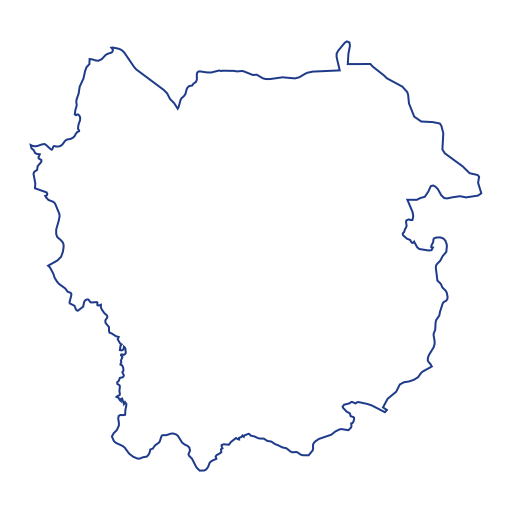 the Region of Kayes
{"feature_id": "MLI-2793", "entity_name": "Kayes", "entity_type": "Region", "adm_level": 1, "iso_a3": "MLI", "parent_name": "Mali", "parent_adm1": "", "projection": "albers", "projection_center": [-10.556, 13.794], "detail": "fine", "context": "isolated", "style": "outline", "palette": "blue", "viewbox_px": 512, "rotation_deg": 0, "n_neighbors": 0, "source": "natural_earth", "source_scale": "10m", "svg_char_len": 5918}
<svg xmlns="http://www.w3.org/2000/svg" viewBox="0 0 512 512"><path d="M77.9,310.7L77.3,310.7L76.0,309.6L74.5,305.8L69.8,303.4L69.5,302.2L71.1,296.1L71.4,294.1L70.6,292.8L67.6,291.7L65.3,288.5L59.0,283.9L57.0,281.6L54.6,277.7L53.3,273.7L51.0,269.3L49.6,267.0L48.1,265.7L57.4,260.5L61.1,256.8L62.9,251.7L63.6,247.2L63.6,244.9L63.0,242.8L61.1,240.4L57.3,237.1L56.2,234.1L56.2,229.5L58.7,220.8L59.6,216.3L59.3,213.8L55.4,204.3L54.3,202.6L52.8,201.6L48.5,200.0L46.1,197.4L45.2,195.9L46.9,195.3L47.3,193.9L46.6,192.4L35.0,188.3L35.3,183.4L33.5,173.8L34.2,171.9L37.1,169.9L37.7,166.1L41.3,161.9L41.4,160.1L38.7,158.4L38.5,157.2L39.8,154.3L36.8,153.9L35.2,153.1L33.7,150.2L31.5,148.3L30.7,145.0L32.6,145.9L35.0,146.3L37.3,146.0L42.0,144.4L44.4,144.0L46.0,144.9L50.6,149.1L51.8,149.7L52.7,148.4L53.3,146.6L54.1,146.0L56.1,146.5L58.3,146.5L60.4,146.0L62.3,144.6L64.9,141.1L66.5,139.7L70.9,138.8L72.9,137.7L74.5,136.3L75.8,133.8L77.3,132.0L79.1,131.2L79.1,130.5L78.1,128.9L78.0,128.2L78.6,124.2L80.0,120.4L80.2,118.3L79.9,116.7L79.1,115.4L77.9,114.4L77.2,114.4L75.9,115.2L74.8,114.4L75.3,110.4L76.6,105.9L76.7,104.7L76.3,102.1L76.5,99.7L78.6,93.7L79.7,86.6L83.4,78.7L85.2,70.7L86.6,67.1L89.4,64.1L89.6,59.0L92.8,59.5L95.7,60.5L98.6,60.7L101.8,59.1L105.7,54.9L107.5,53.9L111.7,52.5L112.6,51.4L112.9,49.6L111.4,47.7L112.7,47.5L118.9,48.8L121.4,49.9L124.1,52.3L134.1,67.0L136.2,69.4L163.6,89.8L167.1,93.3L170.1,99.1L174.1,103.1L177.7,108.7L178.7,106.8L180.4,100.4L181.3,98.5L184.2,95.8L185.5,93.8L186.5,89.7L187.3,87.9L189.1,86.1L192.2,85.5L193.4,83.7L196.0,81.9L196.9,79.5L196.8,74.8L197.2,72.7L198.4,71.5L200.1,71.4L206.7,72.4L211.2,72.5L219.1,70.5L221.2,71.0L222.8,70.7L233.9,70.9L236.9,71.4L242.1,71.0L243.6,71.3L252.9,75.0L256.7,74.7L262.9,78.3L265.4,79.0L269.8,79.1L282.5,77.3L295.0,78.4L299.2,77.3L305.3,73.7L307.5,72.7L312.8,71.6L339.7,70.4L336.6,57.0L336.6,53.7L338.2,50.7L344.8,42.7L346.9,41.4L349.5,42.5L349.9,46.1L348.4,53.8L347.8,64.1L370.4,64.0L372.5,66.4L383.8,75.3L386.9,78.3L402.3,86.6L407.2,92.0L408.1,94.7L409.0,103.5L414.2,116.6L421.2,121.5L432.8,122.1L439.8,123.5L441.4,125.9L443.3,133.3L442.4,149.4L444.8,153.3L462.7,166.4L469.6,173.2L477.6,175.0L479.1,176.7L478.1,182.8L481.3,193.3L478.0,195.6L466.0,197.4L460.1,196.2L452.3,197.3L447.4,198.4L444.2,198.1L441.3,195.3L437.9,189.2L435.6,186.8L433.3,185.5L430.8,186.1L428.3,191.6L424.8,196.8L420.4,198.0L416.9,199.8L407.4,199.8L412.5,211.9L413.0,214.2L413.2,216.7L412.4,220.0L410.9,220.1L408.9,219.4L406.5,220.3L406.0,221.8L406.6,225.8L406.0,227.6L404.8,229.6L404.2,231.9L402.7,233.5L403.0,235.0L403.6,235.8L407.1,238.8L410.1,239.9L411.4,242.2L412.2,242.9L413.1,242.8L414.1,241.6L417.2,247.3L419.3,249.0L428.7,250.5L431.5,250.2L432.9,247.5L431.3,247.2L431.4,245.7L433.2,242.0L433.5,239.2L434.3,238.2L436.5,237.5L440.2,237.4L443.2,238.4L445.4,240.7L446.7,244.3L446.9,246.0L446.3,251.9L442.8,255.9L440.2,260.8L437.2,263.8L436.1,265.4L435.8,267.7L437.4,280.6L440.2,283.2L441.1,284.4L442.3,287.4L445.5,290.5L446.7,292.5L447.6,296.9L447.3,299.1L446.2,300.7L443.5,302.2L442.7,303.5L440.0,311.8L439.3,315.5L436.1,320.2L435.6,322.6L435.2,329.8L433.7,333.6L433.6,335.3L434.6,341.2L434.6,344.0L433.7,347.2L428.9,355.1L427.9,357.8L427.8,360.6L428.8,362.3L430.4,364.0L431.8,366.5L422.6,371.6L420.9,373.1L418.2,377.1L413.9,379.8L408.8,381.5L403.8,382.3L399.8,384.5L396.2,391.7L387.6,398.8L383.0,407.4L386.9,410.0L384.9,412.2L371.7,405.4L367.1,403.9L358.7,402.1L357.2,402.2L355.6,403.4L351.9,401.9L351.2,402.1L349.3,403.4L344.1,404.7L342.6,406.7L343.1,407.9L346.7,411.7L349.8,413.3L350.7,416.2L353.4,417.1L354.0,417.6L354.1,419.1L353.6,421.2L352.6,423.0L351.2,423.4L351.5,426.1L351.0,427.6L348.4,430.2L341.7,429.1L339.8,429.3L335.3,431.5L331.3,434.7L319.0,438.9L315.5,441.2L313.8,443.0L313.0,444.8L313.1,449.0L312.6,450.5L308.6,455.3L302.4,455.2L300.5,454.5L297.5,452.4L296.4,452.0L292.3,452.3L290.3,451.4L286.5,448.3L282.3,447.4L278.4,445.4L275.0,444.1L271.4,441.6L267.3,440.9L263.8,438.6L260.4,438.6L258.2,438.2L254.3,436.4L250.7,435.6L249.5,434.2L248.6,433.8L244.4,435.4L243.8,436.8L242.4,435.5L241.7,436.8L239.0,437.9L239.1,439.5L237.5,439.0L236.0,438.0L230.8,442.1L228.9,444.7L223.7,444.3L221.7,445.0L221.5,446.1L222.5,448.3L221.0,449.3L221.3,452.3L219.0,453.9L216.8,455.0L215.6,456.4L216.4,458.8L212.4,460.6L210.4,461.9L209.5,463.1L208.2,466.7L206.9,468.6L205.8,469.7L204.2,470.5L199.6,470.6L196.4,467.3L192.0,458.7L189.0,455.7L188.5,454.5L188.7,453.6L190.0,450.6L189.3,447.5L187.4,445.8L184.8,444.6L182.2,442.7L177.8,435.7L175.8,434.3L173.2,433.5L171.0,433.6L166.2,435.2L163.6,435.1L162.1,435.4L161.3,436.6L159.8,441.4L158.6,442.9L155.0,445.4L152.8,448.6L150.3,449.5L149.6,452.7L148.4,454.9L146.8,456.6L143.2,457.2L139.7,458.6L137.5,458.6L133.1,456.7L129.1,453.6L124.7,447.6L122.7,446.0L116.0,442.9L113.9,441.1L111.9,436.5L113.7,433.2L116.9,430.0L118.9,425.5L118.9,422.9L118.2,418.5L118.7,415.9L120.4,415.0L123.1,415.1L125.1,414.8L125.4,409.7L126.1,406.7L126.4,404.1L125.0,402.1L123.9,404.1L122.1,398.5L121.2,398.8L120.6,400.0L120.7,400.9L119.8,400.1L118.5,397.8L116.5,396.9L117.3,396.2L119.6,395.1L119.9,393.8L119.4,391.0L119.9,386.3L119.4,385.2L117.3,383.9L117.2,382.3L118.7,380.9L119.9,377.9L122.9,377.2L123.8,375.7L123.6,374.6L122.4,372.6L122.4,372.0L123.2,371.2L123.5,370.0L123.1,367.5L122.3,365.8L121.8,365.1L120.5,364.7L120.5,364.0L121.3,362.4L120.9,360.6L122.4,357.1L121.0,355.3L121.1,354.6L121.8,354.3L123.8,354.9L125.4,353.7L125.8,353.0L125.4,348.8L124.9,347.6L123.9,346.7L123.7,348.6L122.9,349.9L121.6,350.4L119.9,350.1L120.5,345.8L121.6,344.4L120.2,343.6L117.7,339.3L118.7,337.0L115.7,336.1L111.5,333.3L109.6,332.8L109.0,331.0L109.0,327.1L105.6,323.0L105.3,320.9L105.7,319.7L107.2,317.7L107.3,316.5L106.9,315.4L104.4,313.2L101.7,309.4L100.9,307.2L100.9,304.7L98.8,305.5L97.5,305.3L97.3,304.2L97.4,302.6L96.9,302.1L91.0,302.5L89.9,301.6L88.5,299.6L86.9,299.4L85.2,300.3L84.1,302.1L83.2,306.6L77.9,310.7Z" fill="none" stroke="#1e3a8a" stroke-width="2"/></svg>